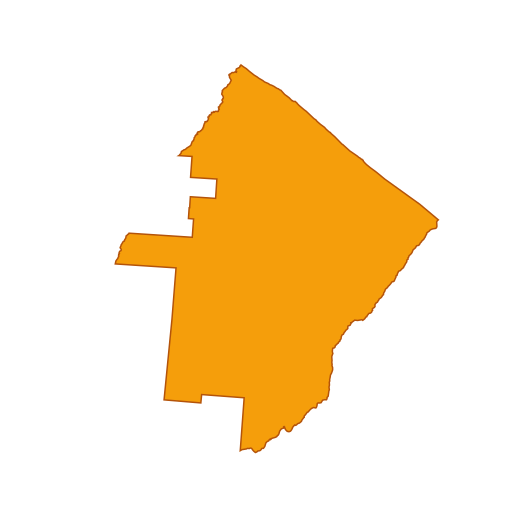 the district of Tres Arroyos, Buenos Aires, Argentina, rotated 230°
{"feature_id": "61730980B62269269094219", "entity_name": "Tres Arroyos", "entity_type": "district", "adm_level": 2, "iso_a3": "ARG", "parent_name": "Argentina", "parent_adm1": "Buenos Aires", "projection": "orthographic", "projection_center": [-60.092, -38.474], "detail": "fine", "context": "isolated", "style": "filled", "palette": "amber", "viewbox_px": 512, "rotation_deg": 230, "n_neighbors": 0, "source": "geoboundaries", "source_scale": "gbopen_adm2", "svg_char_len": 6132}
<svg xmlns="http://www.w3.org/2000/svg" viewBox="0 0 512 512"><g transform="rotate(230 256 256)"><path d="M354.9,169.6L354.5,169.0L353.4,167.7L352.8,165.7L352.1,164.8L352.1,164.3L352.4,163.9L352.2,162.5L351.8,162.0L351.2,159.8L350.6,159.1L350.0,157.7L349.6,157.2L348.2,157.1L347.4,156.8L347.2,156.6L346.9,156.0L347.2,154.8L346.8,153.6L346.1,152.9L345.6,152.9L345.5,152.5L345.6,151.9L345.0,151.6L344.7,151.0L343.8,150.4L343.6,149.5L343.2,149.0L342.9,148.3L342.7,147.1L342.2,145.4L340.4,143.1L298.3,187.1L261.3,150.7L204.9,93.1L178.9,119.3L184.8,125.3L155.0,155.8L117.0,118.8L116.7,120.7L114.4,124.6L114.2,125.6L113.6,126.4L112.9,126.9L112.6,128.0L112.2,128.6L111.2,129.0L109.8,128.8L108.0,128.8L105.9,129.2L105.7,129.4L105.3,131.4L105.4,132.3L104.7,133.2L104.3,134.3L104.4,135.4L104.8,136.6L104.7,137.1L104.0,137.8L103.9,138.1L104.4,140.2L106.5,143.5L106.7,145.6L106.2,146.8L106.7,147.9L106.7,148.3L106.4,148.5L106.7,149.4L106.5,149.6L106.0,149.5L106.1,151.0L104.7,154.1L104.6,154.5L104.4,155.0L104.5,155.6L104.3,155.9L104.7,157.1L104.5,157.5L104.7,158.5L105.7,160.3L106.0,160.5L106.7,161.8L107.2,163.9L107.2,164.5L106.4,166.6L106.6,167.0L107.3,167.2L107.4,167.6L107.3,167.9L106.4,167.9L105.9,167.3L105.0,167.4L104.2,167.0L101.6,167.2L100.2,168.3L99.7,169.6L99.7,170.3L100.1,171.8L100.8,173.4L101.1,173.6L101.6,176.0L101.6,177.1L101.1,177.1L100.7,177.9L100.6,178.5L100.8,180.1L100.1,181.9L100.1,184.1L100.2,184.7L100.8,185.7L101.5,188.7L101.4,189.2L102.3,189.9L102.5,190.4L102.6,191.8L103.2,194.1L103.4,194.6L103.0,195.6L103.5,198.7L103.5,200.5L103.1,202.3L102.8,202.8L101.2,204.1L101.1,204.4L101.5,205.5L102.7,207.2L103.4,207.7L103.6,208.6L103.5,209.1L102.4,210.4L101.8,211.6L102.7,214.2L102.6,214.6L101.7,216.4L100.7,217.3L100.6,217.7L101.1,218.7L102.0,219.6L102.1,220.1L102.1,220.9L102.4,221.4L105.7,225.0L106.4,226.2L108.7,227.7L109.9,229.3L112.2,231.0L112.8,232.1L114.1,233.1L115.5,234.9L117.0,236.6L117.7,238.5L119.5,241.5L121.3,243.0L123.3,243.8L124.0,244.6L125.9,245.8L127.0,247.0L130.0,249.2L130.7,250.0L131.9,252.2L133.5,252.9L134.3,253.6L136.0,255.4L135.9,255.8L135.4,256.6L135.3,257.6L135.5,258.1L136.4,259.2L136.3,260.7L136.6,262.1L136.4,263.0L136.9,263.8L136.9,265.4L137.0,265.8L137.7,266.3L137.6,267.0L138.0,268.0L139.4,269.5L139.6,270.0L140.1,270.8L140.2,271.3L139.9,272.7L140.8,274.5L140.8,275.2L141.4,277.3L141.3,278.2L141.4,279.5L141.6,279.9L142.7,280.7L143.2,281.4L143.2,281.8L142.6,283.1L142.5,283.8L143.3,285.4L143.9,285.7L143.4,286.4L143.6,286.9L143.5,288.5L143.4,289.0L143.5,290.3L141.3,292.4L139.1,296.2L138.1,296.4L138.0,298.9L138.6,300.8L138.3,301.9L138.8,302.7L139.4,305.3L139.3,306.0L138.8,306.6L138.6,308.0L138.8,308.8L139.4,309.6L139.4,310.4L140.7,311.1L140.7,312.7L140.5,313.7L140.9,314.8L142.3,315.8L142.6,316.8L142.7,317.6L142.9,317.8L142.6,319.4L143.1,320.5L143.4,321.8L143.9,322.6L143.7,325.2L144.0,326.5L144.5,327.6L144.4,328.8L145.1,329.4L145.8,330.4L146.1,331.7L147.2,333.5L147.4,334.0L147.3,336.2L147.9,338.2L147.8,338.9L148.2,341.4L148.7,343.2L148.7,343.9L148.1,344.8L148.0,345.8L149.0,347.7L149.8,349.5L150.7,350.4L150.8,350.9L150.5,351.5L151.6,353.1L152.5,355.1L152.6,355.7L152.0,357.3L152.3,358.7L152.3,361.6L153.0,362.6L153.1,363.4L154.1,365.7L154.4,367.1L154.8,367.9L155.8,368.8L156.0,369.2L155.8,370.4L156.9,371.3L157.0,372.2L157.8,373.4L157.9,375.7L158.3,377.6L159.7,380.2L159.8,383.7L160.1,384.0L160.6,385.6L159.8,387.0L159.6,387.9L159.8,388.9L160.3,389.8L160.6,392.2L161.0,393.1L160.9,394.3L161.0,395.4L161.5,396.5L161.6,397.3L162.6,399.3L163.0,400.6L163.8,401.6L163.9,402.2L163.7,404.7L164.0,406.4L163.2,408.8L161.7,411.3L161.6,411.7L161.8,412.7L162.5,413.7L166.0,416.3L166.5,417.7L166.5,418.9L190.4,414.7L232.0,404.1L242.8,402.1L250.3,400.3L255.1,399.4L257.7,399.2L259.8,399.2L260.4,399.6L261.3,399.3L262.0,399.3L262.1,399.0L264.0,398.7L264.7,398.5L265.5,398.1L267.2,397.9L276.2,395.4L285.7,394.1L286.1,393.8L296.8,393.0L301.8,392.2L302.7,392.4L302.9,392.1L304.6,391.7L308.3,391.2L310.5,391.2L315.4,390.0L319.9,389.3L321.6,389.4L323.9,388.7L334.6,387.5L337.0,386.9L343.5,385.8L345.9,385.6L346.7,385.7L349.0,385.4L349.4,385.3L349.9,384.4L350.4,384.0L351.6,383.8L351.8,383.4L356.0,383.1L361.3,381.8L367.0,381.6L368.0,381.0L369.7,380.6L371.0,379.8L374.4,378.8L376.9,377.7L378.2,376.8L380.2,376.3L383.9,374.4L386.0,374.0L390.5,372.4L392.4,372.0L395.6,370.9L401.8,369.6L405.8,369.0L409.0,368.0L412.0,367.3L411.7,366.6L411.8,365.8L411.4,365.7L411.3,365.1L411.1,364.5L411.9,361.2L411.0,359.9L410.2,359.6L409.7,359.6L409.7,359.2L409.4,359.0L409.8,358.7L410.1,358.9L410.4,358.7L410.9,356.7L411.9,355.7L412.0,353.0L412.3,352.7L412.3,351.9L412.0,351.5L411.0,351.6L410.6,351.0L409.8,350.5L406.6,350.0L405.2,347.0L405.0,345.1L405.2,344.8L405.2,344.3L404.4,343.1L404.3,341.1L404.8,339.8L404.4,336.5L403.8,335.9L403.2,335.8L403.0,335.0L402.0,333.8L399.3,333.4L398.1,332.6L397.9,332.3L397.9,331.5L397.4,331.1L397.4,330.2L395.4,329.6L395.1,328.9L395.1,327.5L394.8,326.2L394.9,325.8L394.1,324.6L394.2,324.3L394.2,322.9L393.2,322.9L393.0,322.2L391.9,321.9L391.9,321.0L391.0,320.1L391.2,319.5L391.8,319.1L393.0,317.8L393.1,316.9L392.9,316.5L393.2,316.0L393.9,316.0L393.7,315.2L394.5,314.2L393.6,313.5L393.6,312.5L393.2,312.1L393.8,311.3L393.7,311.1L393.8,310.8L393.7,310.3L393.2,310.1L393.1,309.6L392.9,309.5L393.3,308.5L392.4,308.0L391.9,308.0L391.6,307.7L391.0,306.7L390.9,306.1L390.5,305.3L390.7,305.0L390.6,304.5L391.0,304.4L391.6,303.2L390.9,302.5L390.4,301.1L389.4,299.8L389.3,299.4L388.5,298.8L388.6,298.3L388.4,297.9L387.6,297.0L387.8,296.6L387.4,295.2L387.4,294.2L387.6,293.9L387.4,293.0L387.7,292.2L388.0,292.0L388.4,291.4L388.0,290.4L388.0,290.0L386.9,289.7L387.0,288.8L387.5,288.7L387.5,288.2L387.2,287.8L387.2,286.7L386.6,286.1L386.3,284.6L385.3,283.6L384.9,282.5L384.5,282.2L384.7,281.3L384.6,280.6L382.7,277.3L382.7,275.8L383.2,272.3L383.1,271.7L383.1,270.3L383.7,268.9L383.7,268.0L384.0,266.1L382.8,264.4L382.7,262.7L382.4,262.1L382.5,261.4L373.4,271.0L358.3,256.4L340.1,275.5L326.1,262.1L343.6,243.8L335.6,236.2L335.9,235.8L328.1,228.3L324.5,232.0L311.3,219.2L355.1,173.4L354.7,172.4L355.0,171.5L354.7,170.3L354.9,169.6Z" fill="#f59e0b" stroke="#b45309" stroke-width="1.5"/></g></svg>